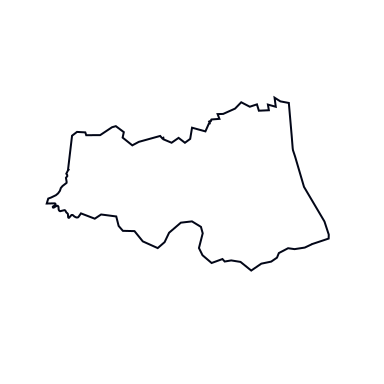 the district of Halifax, North Carolina, United States of America, rotated 148°
{"feature_id": "52423323B7774526001257", "entity_name": "Halifax", "entity_type": "district", "adm_level": 2, "iso_a3": "USA", "parent_name": "United States of America", "parent_adm1": "North Carolina", "projection": "equal_earth", "projection_center": [-77.531, 36.258], "detail": "fine", "context": "isolated", "style": "outline", "palette": "ink", "viewbox_px": 384, "rotation_deg": 148, "n_neighbors": 0, "source": "geoboundaries", "source_scale": "gbopen_adm2", "svg_char_len": 2161}
<svg xmlns="http://www.w3.org/2000/svg" viewBox="0 0 384 384"><g transform="rotate(148 192 192)"><path d="M62.7,216.2L69.0,222.0L72.0,228.2L75.8,219.9L81.3,225.9L83.5,220.6L92.2,225.5L90.5,231.9L97.8,233.7L102.7,242.0L111.3,239.9L124.2,241.7L129.0,244.5L130.0,239.5L137.1,243.2L137.4,243.1L137.7,242.7L137.8,242.6L138.0,242.4L138.3,242.2L138.5,242.1L139.6,242.7L140.1,242.7L140.1,241.6L140.2,241.2L140.5,240.8L140.7,240.7L141.4,241.1L148.5,236.3L157.9,246.5L165.4,238.0L171.9,237.5L174.7,245.0L183.2,244.6L188.3,251.8L188.2,252.2L188.2,252.3L188.0,252.5L187.7,252.8L187.6,253.1L188.0,253.1L188.4,253.0L188.4,252.9L188.6,252.7L188.7,252.8L189.3,256.4L210.5,262.7L217.9,263.2L222.0,274.9L218.1,278.9L221.7,288.2L225.5,289.3L239.7,288.9L251.6,296.2L250.9,299.1L257.7,303.9L263.9,303.3L285.0,277.0L284.9,276.9L284.8,276.3L285.8,276.0L288.9,274.1L288.8,272.7L289.3,271.6L291.4,270.8L293.0,266.9L293.6,266.2L298.6,265.7L301.1,264.9L303.4,263.0L306.3,261.8L309.1,261.4L314.5,262.0L317.4,262.6L321.3,259.2L314.9,255.4L314.3,255.0L314.1,254.5L314.2,253.9L314.5,253.6L315.5,253.4L316.2,253.3L317.0,253.4L317.6,253.3L317.9,253.2L318.1,252.7L318.0,252.3L317.6,252.1L317.1,252.0L316.4,252.0L315.0,252.0L313.7,251.8L313.2,251.4L313.1,250.7L313.1,250.2L313.4,249.6L314.0,248.5L314.4,247.7L314.5,247.0L314.4,246.2L314.0,245.6L309.8,244.2L309.5,243.9L309.3,243.4L309.3,242.7L309.4,241.5L309.3,241.0L309.0,240.0L308.9,239.4L309.0,239.0L309.4,238.1L310.0,237.0L310.4,236.2L310.4,235.7L310.2,235.4L309.9,235.3L306.6,236.3L306.3,236.3L305.6,235.9L305.3,235.5L304.7,233.5L303.8,232.0L303.1,231.3L301.9,230.9L300.8,231.3L297.5,232.7L288.6,220.9L281.0,221.1L269.2,211.4L272.2,202.1L271.2,195.7L261.5,189.3L259.9,176.2L250.8,162.6L241.8,164.0L233.0,169.6L217.7,171.9L207.6,167.1L202.9,157.7L204.8,151.3L215.8,140.8L216.6,132.8L213.0,121.4L201.7,119.0L201.1,115.7L195.0,113.2L187.9,107.0L183.4,94.0L171.2,94.5L161.7,91.0L154.7,91.3L150.7,94.2L140.3,93.4L135.3,89.2L125.8,85.1L118.2,84.2L118.0,84.3L117.9,84.3L117.6,84.2L117.4,84.1L100.8,80.1L98.6,83.4L95.3,96.8L94.3,137.0L85.8,167.4L84.2,174.0L83.4,175.8L77.8,186.6L62.7,216.2Z" fill="none" stroke="#020617" stroke-width="2"/></g></svg>